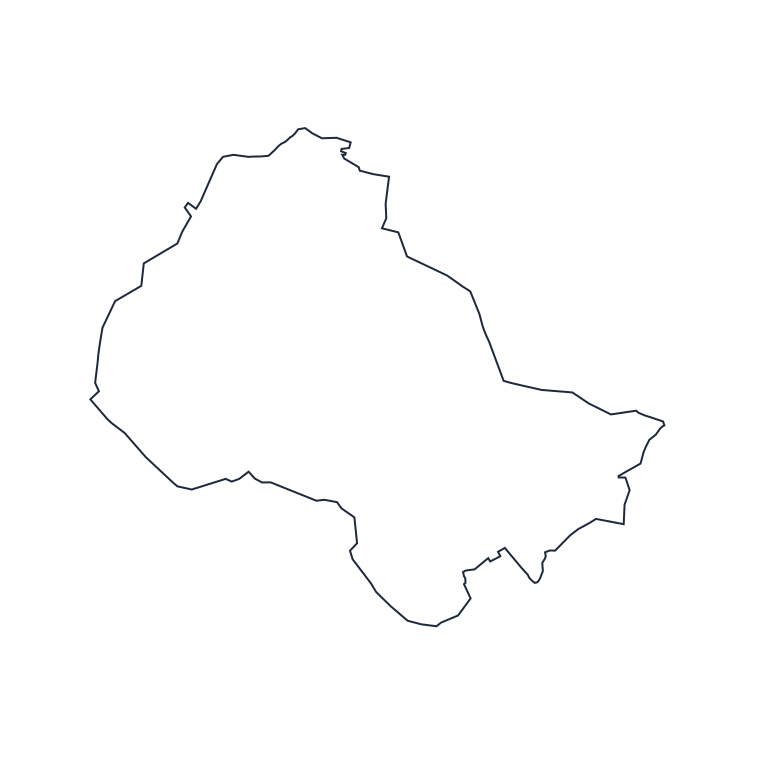 Magumeri, Borno, Nigeria, rotated 27°
{"feature_id": "59680162B56106136996502", "entity_name": "Magumeri", "entity_type": "district", "adm_level": 2, "iso_a3": "NGA", "parent_name": "Nigeria", "parent_adm1": "Borno", "projection": "albers", "projection_center": [12.709, 12.216], "detail": "fine", "context": "isolated", "style": "outline", "palette": "slate", "viewbox_px": 768, "rotation_deg": 27, "n_neighbors": 0, "source": "geoboundaries", "source_scale": "gbopen_adm2", "svg_char_len": 2097}
<svg xmlns="http://www.w3.org/2000/svg" viewBox="0 0 768 768"><g transform="rotate(27 384 384)"><path d="M217.2,193.2L206.4,193.2L197.5,191.8L191.9,196.0L190.9,201.4L189.9,204.4L188.4,206.8L187.3,210.0L186.1,213.0L183.6,216.3L182.0,219.7L180.4,225.3L177.5,233.1L174.0,235.3L170.9,237.2L164.4,240.6L160.2,243.1L145.7,248.2L137.4,254.7L135.3,264.0L137.7,304.5L137.0,313.2L127.2,311.6L126.3,317.2L136.0,322.3L135.1,339.6L136.1,352.6L115.2,385.6L123.2,406.7L106.8,432.2L107.6,461.6L111.7,474.6L115.8,486.7L119.0,494.7L126.1,514.1L133.3,519.9L129.3,531.0L153.5,540.9L158.7,542.4L175.2,545.4L204.9,557.3L240.3,567.5L246.3,569.0L260.6,565.3L286.0,540.4L292.6,540.1L298.0,534.4L303.2,523.6L311.7,526.9L320.0,527.1L327.7,523.1L376.8,518.7L383.3,514.3L395.8,510.6L402.4,514.1L418.2,516.3L432.3,538.1L429.4,548.0L435.6,554.4L462.6,567.4L471.3,572.8L477.1,574.7L491.0,579.0L506.2,582.7L512.6,584.2L526.3,581.2L540.8,576.0L543.1,570.8L555.1,556.6L558.5,535.7L546.1,526.0L546.9,524.3L544.7,520.3L542.6,519.0L539.8,515.6L541.4,513.2L548.9,508.0L555.9,491.9L559.2,493.9L565.8,484.7L561.8,481.7L566.1,475.2L590.2,485.5L598.8,488.7L601.3,490.7L605.7,492.2L608.5,492.8L610.7,491.0L611.1,488.7L611.3,486.7L610.5,478.6L606.3,471.7L606.5,468.3L606.7,466.7L606.3,464.0L603.9,460.8L607.4,457.0L612.1,454.8L618.7,433.9L623.0,425.0L630.2,414.5L634.1,408.0L661.2,400.1L653.1,382.2L651.1,367.1L641.6,357.8L635.6,360.7L634.8,359.5L641.3,349.5L648.7,338.4L646.2,326.7L645.8,320.5L645.8,313.2L649.2,305.7L650.2,298.8L651.0,296.1L652.6,293.6L649.7,290.7L636.7,292.6L630.8,293.6L623.9,294.1L620.8,293.3L600.0,308.1L588.5,308.2L575.6,308.4L555.7,306.0L540.1,312.4L527.2,317.7L508.4,322.5L497.1,325.3L489.2,326.9L458.0,298.2L453.3,294.6L449.0,290.9L445.3,287.3L442.5,284.2L437.2,278.3L418.8,262.3L410.1,261.5L404.3,260.6L391.1,258.7L351.0,259.8L346.6,259.9L327.9,242.4L311.5,246.2L310.8,235.3L303.6,222.6L294.4,197.0L278.8,202.0L265.5,204.9L263.1,202.3L246.3,201.2L242.7,198.7L245.4,197.3L245.1,195.6L240.1,196.1L239.5,193.8L245.8,189.5L244.6,183.8L229.9,186.2L217.2,193.2Z" fill="none" stroke="#1e293b" stroke-width="2"/></g></svg>